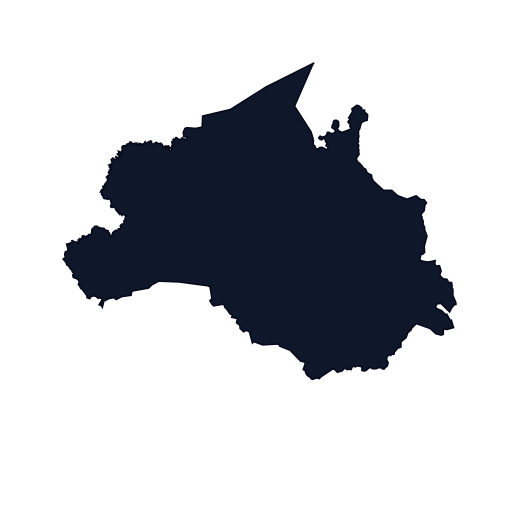 Rankas pag., Gulbene, Latvia (orthographic projection), rotated 336°
{"feature_id": "27541924B63900678349078", "entity_name": "Rankas pag.", "entity_type": "district", "adm_level": 2, "iso_a3": "LVA", "parent_name": "Latvia", "parent_adm1": "Gulbene", "projection": "orthographic", "projection_center": [26.154, 57.209], "detail": "fine", "context": "isolated", "style": "filled", "palette": "ink", "viewbox_px": 512, "rotation_deg": 336, "n_neighbors": 0, "source": "geoboundaries", "source_scale": "gbopen_adm2", "svg_char_len": 6116}
<svg xmlns="http://www.w3.org/2000/svg" viewBox="0 0 512 512"><g transform="rotate(336 256 256)"><path d="M352.2,134.8L385.6,104.3L387.6,103.2L334.0,105.6L292.2,111.7L264.2,106.4L259.2,116.3L252.9,114.9L245.1,110.7L242.9,110.5L239.7,113.6L239.1,116.4L238.4,117.2L241.3,119.7L240.3,120.9L238.2,121.1L238.4,119.9L236.5,118.0L233.8,119.1L231.4,115.3L230.6,115.2L229.9,116.5L228.3,115.6L227.6,115.8L228.2,116.7L227.7,117.4L225.7,117.2L225.1,118.9L226.1,120.9L224.0,120.6L223.7,122.0L222.1,122.4L222.6,123.6L221.7,125.1L219.7,124.4L219.5,123.2L221.0,122.8L221.0,119.8L220.1,119.6L219.8,120.6L217.5,121.5L216.6,120.3L217.3,119.6L218.4,120.0L218.6,118.9L215.1,117.9L215.7,116.0L214.9,114.1L212.8,113.9L211.0,111.5L207.2,112.1L206.6,110.6L207.2,108.8L206.5,107.9L202.6,108.2L201.4,109.8L201.2,106.5L198.4,108.2L195.1,105.6L194.8,107.8L194.4,107.8L193.6,106.9L193.2,104.8L191.8,105.1L192.2,104.0L188.9,103.3L188.1,100.9L186.8,100.6L186.9,101.8L186.4,102.0L183.9,101.2L182.2,102.2L179.2,101.2L177.7,102.1L177.2,104.6L175.6,105.9L175.6,107.1L174.7,107.5L174.3,105.9L173.0,104.3L172.7,106.1L170.7,106.5L172.1,109.7L169.7,110.0L168.4,108.2L167.8,108.8L168.8,110.5L167.6,111.0L165.9,109.9L165.0,108.2L162.8,109.1L162.4,113.0L159.0,113.0L160.4,114.2L160.3,114.8L158.4,114.3L158.2,114.9L159.3,116.3L158.4,116.4L158.6,118.3L158.2,119.0L156.8,118.0L156.5,119.2L155.2,119.4L155.1,122.7L153.2,122.3L151.5,123.1L152.9,124.1L151.7,124.5L151.2,126.8L146.9,129.0L145.7,130.4L144.3,130.1L144.2,132.5L143.7,132.1L142.5,133.4L141.9,132.7L139.9,134.3L141.3,134.8L139.8,137.0L140.7,139.2L140.3,140.3L140.7,142.0L142.3,142.4L143.2,143.8L146.2,144.4L145.7,146.2L146.1,146.8L145.5,147.2L145.5,148.2L144.7,150.5L143.7,150.7L143.3,152.1L144.1,153.1L145.3,152.9L147.4,155.6L146.8,156.4L147.2,156.8L146.9,157.4L147.6,157.7L147.2,158.5L148.3,162.2L148.7,161.7L149.3,162.4L150.0,164.4L150.8,163.6L153.5,165.9L150.7,169.9L149.6,170.1L148.6,172.9L146.6,172.3L144.5,172.9L144.1,173.7L144.9,174.6L142.9,176.1L141.5,175.0L140.3,176.6L139.2,176.8L139.0,175.6L137.6,175.5L134.6,176.3L133.4,177.7L133.5,178.4L131.4,179.1L130.6,177.8L131.3,177.3L131.3,175.1L130.7,174.2L131.3,173.0L129.0,170.9L128.3,168.8L124.6,166.8L124.0,167.2L123.6,166.5L124.1,166.0L123.4,165.7L123.0,164.1L120.8,163.3L116.8,165.0L115.2,168.3L113.9,169.0L111.7,168.4L110.8,169.6L109.6,168.8L108.5,170.0L107.3,167.8L105.7,167.0L105.1,167.4L104.9,169.5L104.3,168.7L102.8,169.4L102.1,168.4L100.6,168.7L99.9,169.2L100.8,170.3L99.6,170.7L100.2,171.7L99.1,172.6L97.9,171.6L98.3,170.9L97.9,170.2L96.2,169.6L95.1,168.0L94.2,168.1L94.3,167.3L93.7,167.3L93.8,168.0L93.2,168.8L91.2,168.5L90.3,169.5L89.8,168.5L87.8,168.1L87.0,173.1L86.2,174.7L83.4,174.7L81.8,176.9L81.2,179.9L78.7,180.2L78.6,181.1L79.1,181.7L79.8,185.3L79.5,187.4L80.4,187.9L81.4,193.0L82.1,193.7L81.7,195.7L82.4,197.4L82.2,198.3L80.9,198.7L80.3,201.2L83.5,204.5L84.2,206.6L83.5,208.5L82.0,209.9L82.6,210.9L82.7,214.3L83.7,215.8L85.3,223.1L84.7,225.4L86.8,227.4L88.7,226.0L91.3,226.4L93.0,227.4L94.7,230.5L97.6,231.2L97.5,233.4L92.8,236.7L94.5,238.2L94.8,240.4L98.5,235.5L104.3,235.1L109.3,236.3L110.5,238.9L116.8,238.5L125.9,241.1L127.7,238.3L129.8,237.9L144.6,241.6L149.3,240.0L156.8,239.4L175.1,248.4L199.8,263.6L201.4,265.6L198.4,277.0L195.6,278.1L196.2,282.4L196.9,284.3L206.9,286.9L206.7,290.8L207.4,291.5L208.6,298.1L210.4,300.6L208.8,302.2L213.7,305.5L211.0,309.0L213.0,312.9L212.0,315.6L213.8,320.2L217.3,320.1L219.1,322.8L217.3,334.1L219.2,333.4L225.9,339.9L239.3,345.0L240.9,346.2L241.0,348.0L248.8,356.0L253.9,370.1L258.0,373.3L252.9,379.0L254.5,380.8L253.9,382.4L254.2,386.0L256.3,389.0L256.3,390.5L257.5,391.7L262.8,392.2L263.2,393.5L264.2,393.7L266.1,392.8L280.4,390.4L281.7,391.7L283.0,395.3L287.9,396.0L290.8,394.7L291.9,395.1L293.1,397.0L295.2,397.3L296.5,398.5L298.8,396.5L300.2,396.4L301.7,397.7L304.0,397.6L307.4,400.1L307.0,402.4L306.1,403.5L307.7,404.9L309.6,405.4L314.7,404.0L317.0,406.6L319.6,407.8L323.2,408.0L325.5,409.8L326.0,411.0L327.4,411.4L328.5,410.4L330.9,410.1L333.3,407.4L333.2,404.0L333.9,402.1L337.3,400.2L338.6,401.7L340.6,400.7L341.5,401.8L342.3,401.7L343.3,400.1L348.9,397.5L349.8,398.2L351.5,398.0L353.5,393.4L359.9,391.6L363.5,387.8L367.3,386.8L368.8,385.3L375.0,383.0L385.7,393.2L388.5,400.0L392.9,403.6L395.2,403.8L397.6,398.8L400.4,400.8L407.4,401.8L408.3,394.4L407.4,394.9L406.6,386.7L405.3,386.5L403.4,381.5L399.6,377.3L399.3,375.5L402.0,373.4L405.6,374.5L410.1,385.9L413.8,382.9L417.6,381.2L419.0,381.6L419.7,379.7L419.8,372.2L422.3,366.7L422.3,363.8L423.1,363.0L423.9,359.7L421.3,358.7L421.0,354.9L417.8,353.0L416.4,349.7L416.4,347.6L419.0,345.1L419.6,340.7L419.6,339.4L416.3,338.4L416.3,335.4L417.9,333.1L411.1,331.6L406.9,329.1L404.0,326.4L407.3,321.4L408.5,322.2L411.5,321.4L413.8,315.4L420.4,307.2L420.7,300.8L421.8,298.2L421.5,294.4L422.4,293.7L423.1,290.9L422.6,289.8L423.4,288.6L423.0,287.6L423.4,287.3L423.1,286.9L423.4,285.9L425.0,284.3L427.9,283.2L430.5,279.1L430.2,278.7L433.4,276.8L432.5,273.0L429.5,271.3L426.8,266.1L417.1,265.5L409.9,258.4L406.8,251.3L399.2,247.8L393.8,235.5L393.6,232.0L394.5,229.0L391.4,225.3L391.5,221.4L389.8,218.9L389.5,216.4L389.0,216.2L388.6,213.8L387.1,211.0L387.2,207.8L391.6,205.0L392.2,202.4L393.2,200.9L393.1,199.5L395.0,196.4L394.6,194.0L396.4,193.2L396.5,191.6L398.9,188.1L398.9,186.9L400.9,182.9L402.2,182.3L406.3,177.3L409.4,176.7L412.7,177.3L415.2,173.0L415.4,172.0L413.8,168.8L414.5,166.8L412.5,166.1L412.2,165.3L412.8,163.9L411.2,160.8L409.5,159.3L403.5,160.5L402.8,163.4L396.8,167.5L397.4,169.2L397.2,169.7L394.7,170.6L394.6,171.9L395.6,173.9L394.4,176.0L394.9,177.7L393.8,178.6L385.1,178.1L382.9,176.0L381.9,173.0L384.5,170.9L386.1,166.7L384.7,164.7L382.7,164.0L381.4,164.6L380.3,166.8L378.8,167.6L377.5,169.6L379.2,172.0L379.2,174.3L378.6,175.5L374.4,174.8L372.8,172.5L371.5,172.0L369.8,174.1L367.1,174.9L365.1,174.4L363.3,172.5L361.3,173.6L361.6,174.9L363.2,176.7L364.9,176.1L366.7,177.0L366.1,179.8L366.7,181.8L364.7,183.8L366.0,186.0L365.1,187.5L363.8,187.5L360.6,183.6L358.4,182.8L356.1,183.5L354.2,181.7L354.6,179.5L353.6,177.6L355.7,173.3L356.8,165.0L352.2,134.8Z" fill="#0f172a" stroke="#020617" stroke-width="1.5"/></g></svg>